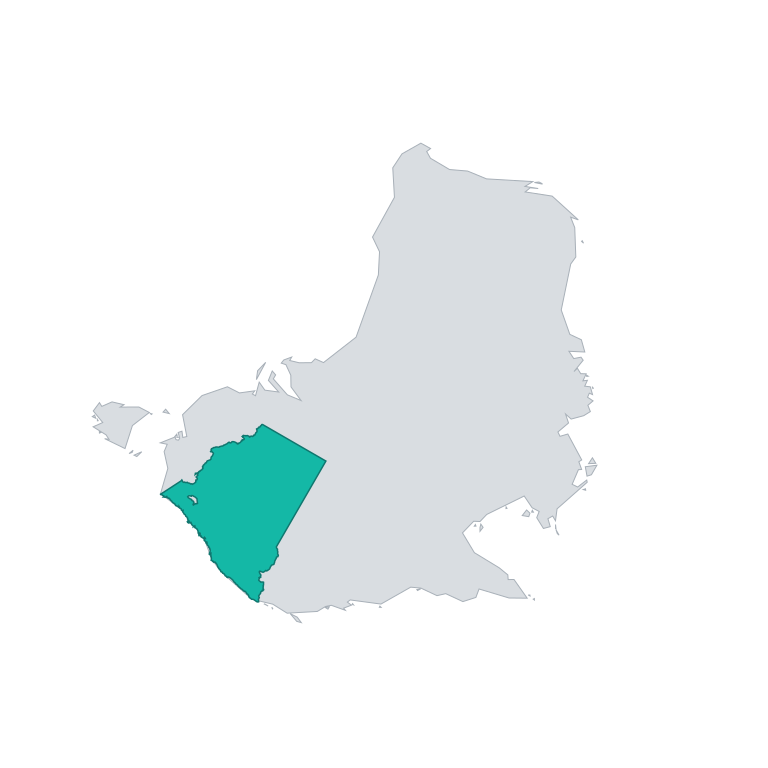 Australia, with New South Wales highlighted, rotated 120°
{"feature_id": "AUS-2654", "entity_name": "New South Wales", "entity_type": "State", "adm_level": 1, "iso_a3": "AUS", "parent_name": "Australia", "parent_adm1": "", "projection": "mercator", "projection_center": [149.115, -32.83], "detail": "fine", "context": "in_parent", "style": "filled", "palette": "teal", "viewbox_px": 768, "rotation_deg": 120, "n_neighbors": 0, "source": "natural_earth", "source_scale": "10m", "svg_char_len": 9748}
<svg xmlns="http://www.w3.org/2000/svg" viewBox="0 0 768 768"><g transform="rotate(120 384 384)"><path d="M506.8,168.7L514.0,199.2L522.9,197.7L533.0,206.9L534.7,225.7L540.8,232.3L542.3,250.0L546.6,259.3L576.1,276.6L587.9,305.3L591.2,306.7L591.8,301.6L598.3,306.9L599.3,304.3L602.0,319.0L605.9,323.4L614.3,328.0L630.9,353.3L630.3,370.3L636.5,391.1L628.1,430.8L622.2,445.5L607.6,462.4L594.0,496.4L590.7,522.7L565.2,529.0L552.5,540.6L544.6,541.6L546.8,548.3L534.4,538.5L536.2,536.3L535.4,533.9L533.1,533.8L528.9,538.0L525.9,535.4L530.9,531.5L528.1,528.5L511.3,543.1L485.0,535.8L464.7,518.2L464.0,504.7L454.5,492.5L458.5,493.0L458.4,489.4L444.8,493.0L448.9,484.1L443.6,471.2L438.7,485.9L428.6,487.3L430.3,482.4L434.9,482.4L441.7,462.3L439.8,447.5L433.0,463.1L423.0,469.1L416.3,478.6L417.3,483.4L413.3,482.8L406.8,477.4L410.8,477.4L408.0,468.0L401.8,457.5L396.6,456.2L395.7,447.1L357.4,431.6L292.4,443.4L271.7,454.0L262.5,467.4L217.1,468.3L192.4,484.5L175.7,483.5L157.0,472.5L156.8,461.4L161.3,463.3L165.3,456.6L165.5,434.5L157.8,418.1L155.1,397.8L134.3,356.3L142.4,360.7L137.6,348.2L141.0,355.5L147.1,357.8L137.2,332.3L144.7,297.8L146.2,305.8L153.2,297.0L178.1,281.4L186.7,282.3L231.3,267.5L248.1,247.9L247.0,235.2L255.9,226.1L263.2,240.2L267.1,232.4L262.3,226.8L263.8,223.4L278.2,225.7L273.7,224.4L276.7,218.8L274.1,214.0L281.8,213.3L279.1,209.7L285.5,209.1L283.3,203.9L288.9,198.1L289.3,201.6L293.7,201.1L294.1,194.5L300.5,196.8L304.7,191.5L311.6,195.2L320.8,204.4L319.2,211.8L325.5,204.7L338.6,209.4L341.3,205.4L335.4,199.8L350.9,174.8L353.9,176.4L359.2,170.1L361.0,172.8L376.8,170.9L376.4,164.8L365.8,160.4L367.5,158.9L405.6,171.7L416.7,167.1L414.0,171.9L418.7,174.7L424.4,168.7L429.4,173.7L423.4,184.9L416.8,185.9L417.1,193.9L410.9,206.6L445.6,229.8L455.1,232.1L458.0,237.7L473.7,241.6L484.9,221.4L485.6,192.2L487.4,181.3L491.3,178.7L488.3,173.7L497.9,152.9L506.8,168.7ZM526.0,573.0L545.8,581.1L569.4,576.0L571.0,598.6L569.4,594.5L567.0,599.3L566.5,614.5L558.0,608.3L552.7,622.3L542.4,621.1L544.5,617.2L535.5,610.6L531.9,598.8L535.9,600.9L526.5,584.8L526.0,573.0ZM347.9,159.0L358.9,159.0L362.3,162.1L355.0,168.3L347.9,159.0ZM424.4,497.3L444.0,496.7L435.7,500.1L424.4,497.3ZM426.5,192.3L428.8,198.5L421.8,197.5L422.9,193.0L426.5,192.3ZM629.8,350.3L629.3,342.6L632.0,336.3L633.2,340.9L629.8,350.3ZM563.8,559.9L570.4,561.8L570.6,564.9L563.8,559.9ZM346.8,160.9L350.7,167.0L343.7,166.6L346.8,160.9ZM518.8,561.3L515.0,560.5L517.0,555.2L518.8,561.3ZM463.6,227.2L460.3,229.1L456.9,230.1L458.6,226.5L463.6,227.2ZM134.3,354.5L131.6,350.8L131.4,347.3L131.8,347.1L134.3,354.5ZM569.2,567.9L571.7,570.0L566.8,568.2L569.2,567.9ZM604.4,320.0L607.0,320.0L606.9,323.3L604.4,320.0ZM543.1,249.8L546.1,251.7L545.6,252.8L543.1,249.8ZM557.8,616.5L558.1,620.3L555.6,619.1L557.8,616.5ZM634.2,373.3L634.4,377.6L634.1,377.5L634.2,373.3ZM375.8,158.7L374.0,157.1L375.2,156.2L375.8,158.7ZM426.9,159.1L424.2,162.2L427.4,156.8L426.9,159.1ZM634.6,368.2L633.3,369.6L634.2,368.0L634.6,368.2ZM430.9,216.1L429.4,216.8L430.2,215.3L430.9,216.1ZM421.1,192.1L419.2,192.4L420.3,190.5L421.1,192.1ZM162.3,281.6L161.7,284.2L160.8,284.0L162.3,281.6ZM494.6,151.5L494.6,153.6L493.8,152.1L494.6,151.5ZM533.1,535.1L533.6,536.7L532.9,536.2L533.1,535.1ZM423.5,163.1L419.9,165.2L423.6,162.5L423.5,163.1ZM283.5,200.9L282.2,202.4L283.0,200.6L283.5,200.9ZM559.2,613.8L558.0,614.5L558.7,613.2L559.2,613.8ZM462.0,234.7L460.0,234.6L461.1,233.3L462.0,234.7ZM276.1,212.2L275.1,213.0L275.1,211.0L276.1,212.2ZM568.8,605.9L567.1,607.0L567.6,604.9L568.8,605.9ZM495.9,145.7L495.7,147.2L494.6,146.5L495.9,145.7ZM532.2,537.3L533.9,538.9L531.0,538.4L532.2,537.3ZM579.7,276.4L578.4,276.5L578.9,274.8L579.7,276.4ZM590.7,301.4L589.9,301.4L590.5,300.0L590.7,301.4ZM526.8,570.3L526.3,571.6L525.9,569.9L526.8,570.3Z" fill="#d9dde1" stroke="#a8b0b8" stroke-width="1"/><path d="M635.1,383.7L635.4,384.1L635.8,384.1L636.2,385.4L635.8,388.7L636.0,389.9L636.6,391.0L636.5,391.9L636.3,392.4L636.3,393.9L634.7,395.8L634.2,397.0L634.3,397.9L634.0,398.1L633.2,399.8L633.0,400.4L633.4,401.4L633.2,401.8L633.3,402.5L632.8,404.0L632.8,405.7L632.4,406.8L632.5,407.5L632.2,408.0L632.0,409.2L631.3,410.4L631.3,411.9L631.2,412.5L630.5,413.7L630.6,414.1L630.5,414.7L629.3,417.1L628.7,420.6L628.8,420.8L628.9,422.1L629.2,422.7L629.5,422.9L629.8,422.8L629.9,423.4L629.4,424.3L629.3,424.9L629.5,425.2L629.5,425.6L628.6,426.9L628.3,427.9L628.5,429.1L627.8,430.2L627.8,430.6L628.1,431.2L628.0,431.5L626.9,432.7L626.9,433.2L626.8,433.5L626.9,433.8L626.2,434.7L626.3,435.1L625.6,436.0L625.5,436.5L624.0,438.2L623.2,439.7L623.3,440.1L623.0,440.4L622.7,441.4L623.5,442.2L622.9,443.1L622.9,443.6L623.3,443.7L622.9,445.0L623.1,445.5L621.4,446.2L620.1,447.2L619.9,447.7L619.3,447.9L618.8,448.6L618.7,448.8L619.1,449.3L618.1,448.8L617.1,449.3L617.5,449.6L618.8,449.7L618.7,450.3L618.3,450.3L617.7,450.7L617.1,450.6L616.2,450.8L614.8,451.4L613.9,452.2L614.0,452.5L613.1,453.3L613.1,454.0L612.3,454.6L611.7,456.6L611.0,457.4L611.0,458.1L610.4,458.6L610.7,457.9L610.4,457.6L609.6,458.3L609.8,458.6L609.5,458.7L609.6,459.0L609.9,459.1L610.1,458.8L610.2,459.1L609.5,460.2L609.5,461.0L609.3,461.1L609.2,461.6L608.5,461.6L607.5,462.1L607.3,462.1L607.0,461.5L606.8,461.7L606.9,462.3L607.1,462.4L606.8,462.8L607.1,462.8L607.5,462.3L607.7,462.2L607.8,462.3L607.6,463.4L608.0,462.5L608.2,462.9L607.8,464.0L607.8,464.5L607.9,464.8L607.8,466.0L607.3,466.1L607.0,466.5L607.1,466.8L607.3,466.8L607.5,466.5L607.4,467.7L607.5,467.9L607.1,468.7L606.5,468.0L606.2,468.1L606.0,468.6L605.3,468.6L605.2,468.9L605.8,469.1L606.0,468.9L606.9,469.0L606.0,469.5L605.7,469.9L606.2,470.0L606.1,470.3L604.3,471.6L603.6,472.6L603.0,473.6L603.1,474.1L602.8,475.4L603.0,475.9L602.4,476.8L602.2,476.8L602.2,476.3L601.5,476.9L602.9,477.7L602.5,477.8L602.4,478.1L601.9,480.4L601.2,480.8L600.9,481.6L600.6,481.8L601.2,482.2L600.8,482.5L601.3,482.9L601.2,483.5L601.4,483.8L602.1,483.9L602.0,484.9L601.6,485.4L601.2,484.9L601.4,484.5L601.3,483.9L601.1,483.8L600.2,484.1L600.0,484.9L600.3,485.5L599.5,485.9L599.2,486.5L598.4,486.9L598.3,487.5L597.8,488.1L597.6,488.6L597.7,489.4L596.6,490.8L596.6,492.1L596.2,492.5L595.2,494.7L594.9,494.8L594.4,494.6L593.9,494.8L594.3,495.1L594.5,496.4L593.9,496.8L593.4,497.4L593.6,498.3L593.4,499.9L592.9,499.7L592.6,500.2L592.8,500.1L593.3,500.7L593.1,501.6L593.3,502.8L593.4,503.2L593.2,503.3L593.3,503.9L592.4,505.2L592.5,506.1L592.2,506.7L592.4,507.7L591.5,509.5L591.3,510.8L590.7,511.8L590.8,512.1L590.4,512.9L590.4,513.3L590.9,513.7L590.6,514.5L590.8,515.4L590.7,515.5L590.6,515.4L590.0,515.9L590.3,516.3L590.9,516.3L591.5,516.8L591.8,517.9L592.2,518.6L591.4,518.4L590.9,518.8L591.2,519.7L591.0,520.9L591.4,522.1L591.2,522.4L569.4,511.3L568.2,511.1L569.3,509.3L569.4,508.5L569.2,508.0L568.6,507.6L568.6,506.7L568.3,506.0L567.5,505.3L567.5,504.9L567.7,504.2L567.1,502.6L567.3,501.6L566.6,500.7L566.7,499.9L566.0,499.6L565.6,499.0L563.2,498.0L561.2,498.9L560.8,498.3L560.3,498.1L559.4,498.3L559.0,498.6L558.8,499.1L558.5,500.1L558.1,499.8L556.6,499.9L556.0,499.6L555.3,500.6L555.5,501.5L555.8,502.0L556.7,502.3L555.6,502.7L554.8,501.6L554.8,500.6L554.4,500.3L554.0,500.4L553.7,500.8L552.8,500.3L552.4,500.5L552.0,500.0L551.4,500.0L551.3,499.7L550.4,499.6L549.6,498.9L548.6,498.9L548.1,498.6L547.7,498.8L547.2,498.7L546.5,499.8L544.9,499.5L544.6,499.6L544.6,499.8L542.6,499.2L541.7,499.2L541.1,498.5L539.2,498.7L538.7,498.4L536.6,496.6L535.6,496.3L534.1,497.0L533.6,497.1L532.2,496.7L529.6,496.9L529.1,497.3L529.0,498.2L528.6,499.0L529.2,499.9L529.3,500.2L529.1,500.5L528.1,500.1L527.1,501.0L526.2,501.0L525.5,500.2L524.5,500.0L523.1,498.3L522.7,498.2L522.3,497.6L521.4,495.6L521.1,495.2L520.5,495.1L519.7,494.2L519.3,494.0L518.3,492.6L517.0,492.2L516.8,491.7L515.8,491.2L514.3,490.1L512.7,489.6L511.9,489.1L511.8,488.7L512.0,488.3L511.8,487.5L511.4,487.1L510.3,486.9L509.8,486.6L509.1,485.3L508.7,483.1L508.9,482.6L508.8,482.1L509.1,481.7L509.1,480.8L508.7,480.4L508.1,480.6L507.9,480.0L506.4,479.2L505.2,479.0L504.6,478.7L504.4,479.0L503.8,478.5L503.1,478.9L502.8,478.0L502.0,477.4L501.2,477.7L500.8,479.0L500.8,479.6L500.0,479.7L500.2,480.5L499.0,480.2L498.7,479.9L498.7,479.5L498.0,478.2L498.0,477.7L497.0,476.7L496.8,475.0L497.2,474.0L497.1,473.7L496.5,473.8L496.0,473.4L495.4,472.7L495.1,471.5L494.7,471.5L494.1,471.0L493.4,471.2L492.8,470.4L490.2,470.6L489.1,470.2L488.5,470.3L487.6,470.9L486.8,471.8L486.6,471.9L486.1,471.2L485.5,471.2L484.6,470.6L483.9,470.8L483.6,470.3L482.8,469.8L482.1,470.0L481.4,469.6L480.3,469.6L479.8,468.9L479.8,395.8L578.8,395.8L579.9,394.9L580.3,393.6L581.3,393.2L582.4,392.1L584.3,391.2L585.1,389.9L586.5,389.6L586.8,390.2L587.7,390.3L587.9,390.5L588.6,390.2L591.8,390.1L593.5,389.5L594.8,389.4L595.3,389.2L597.1,390.8L599.3,390.9L601.4,390.6L603.1,391.3L603.7,391.8L604.5,392.0L604.7,393.3L606.0,393.6L607.5,394.6L607.8,395.8L607.9,397.2L608.2,397.5L608.3,398.1L608.6,398.2L609.2,398.0L610.0,397.0L610.4,396.6L610.5,395.9L611.0,395.1L612.1,394.7L613.0,394.2L613.5,395.1L614.2,395.4L614.6,394.6L615.5,394.7L616.6,394.3L616.9,393.1L617.0,392.0L617.2,391.6L616.4,390.6L616.2,389.9L615.9,389.5L615.9,389.2L618.4,387.8L619.3,387.8L620.0,387.1L621.2,386.8L621.5,386.5L621.8,385.9L622.4,385.3L623.0,385.5L623.1,386.1L623.4,386.3L623.8,386.2L624.0,385.8L624.5,386.2L625.7,386.7L626.3,386.6L627.1,386.2L628.1,386.4L630.1,386.6L630.9,385.9L631.2,385.3L632.8,385.0L633.2,385.2L635.1,383.7ZM583.5,489.2L583.9,489.0L584.1,488.6L582.2,487.7L582.1,487.3L581.5,487.0L581.4,486.3L580.7,485.8L576.8,488.7L576.3,491.2L576.4,492.5L576.3,493.6L576.5,494.0L576.6,494.6L577.0,495.0L577.5,494.8L578.0,496.5L578.3,497.1L579.7,497.7L580.3,496.8L580.4,494.6L580.2,493.0L580.3,492.7L580.7,492.6L581.0,491.6L580.8,490.9L580.9,490.3L581.6,489.4L582.0,489.5L582.6,489.0L583.5,489.2Z" fill="#14b8a6" stroke="#0f766e" stroke-width="1.5"/></g></svg>